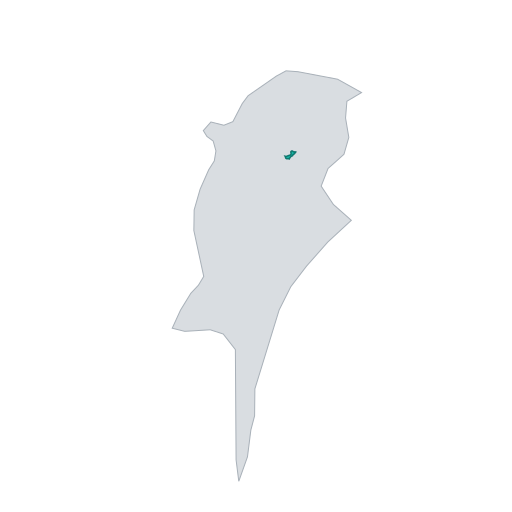 Moutoulias, Nicosia, Cyprus (highlighted), rotated 125°
{"feature_id": "46923920B1474013022531", "entity_name": "Moutoulias", "entity_type": "district", "adm_level": 2, "iso_a3": "CYP", "parent_name": "Cyprus", "parent_adm1": "Nicosia", "projection": "mercator", "projection_center": [32.834, 34.974], "detail": "fine", "context": "in_parent", "style": "filled", "palette": "teal", "viewbox_px": 512, "rotation_deg": 125, "n_neighbors": 0, "source": "geoboundaries", "source_scale": "gbopen_adm2", "svg_char_len": 1306}
<svg xmlns="http://www.w3.org/2000/svg" viewBox="0 0 512 512"><g transform="rotate(125 256 256)"><path d="M358.6,271.2L363.2,283.2L343.6,286.8L323.9,288.0L313.0,286.4L302.7,287.1L270.8,321.5L253.7,333.1L233.3,340.1L212.5,344.2L202.0,344.7L192.9,349.1L186.4,357.0L186.2,364.8L183.5,371.1L172.1,369.8L167.3,357.3L159.2,352.0L139.0,354.7L129.2,354.4L96.9,342.5L87.1,337.6L81.0,327.4L64.4,290.6L61.6,263.3L77.1,270.3L91.6,261.8L105.6,248.0L122.2,242.3L132.6,244.7L142.9,247.2L161.4,242.7L169.4,222.2L172.1,198.4L203.4,205.2L235.2,208.8L261.2,209.9L286.9,206.1L365.5,180.7L387.7,165.5L401.5,160.4L425.4,147.8L450.4,140.9L434.4,155.4L344.5,219.2L338.7,238.1L342.7,251.2L355.3,267.0L358.6,271.2Z" fill="#d9dde1" stroke="#a8b0b8" stroke-width="1"/><path d="M158.8,286.8L158.2,285.9L157.6,285.1L157.5,284.4L156.6,284.5L155.8,284.6L154.3,284.4L152.9,283.6L152.2,283.8L151.6,283.6L150.5,283.3L149.8,283.1L148.9,283.5L148.5,283.0L148.0,283.1L148.4,284.0L149.0,284.5L149.1,284.9L149.1,285.5L149.1,286.3L149.4,286.9L150.0,287.2L150.8,287.2L151.2,286.8L151.6,286.3L152.0,286.0L152.4,285.8L153.3,285.7L153.7,285.9L154.1,286.2L154.8,286.8L155.2,287.0L155.6,287.3L156.1,287.7L156.8,288.1L157.2,288.4L157.6,289.4L158.0,288.6L158.5,288.2L158.8,287.6L158.8,286.8Z" fill="#14b8a6" stroke="#0f766e" stroke-width="1.5"/></g></svg>